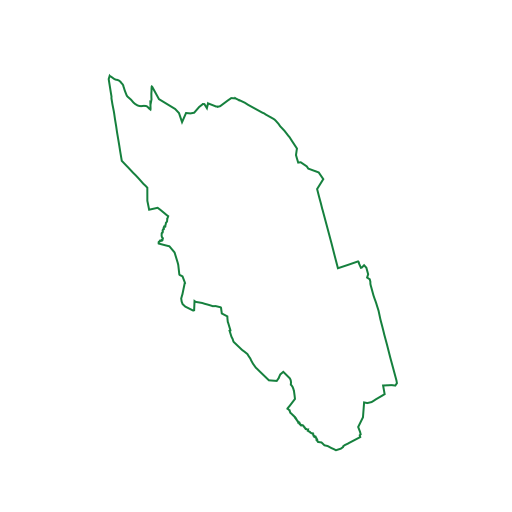 outline of Strazdes pag., Talsi, Latvia, rotated 78°
{"feature_id": "27541924B84613839028203", "entity_name": "Strazdes pag.", "entity_type": "district", "adm_level": 2, "iso_a3": "LVA", "parent_name": "Latvia", "parent_adm1": "Talsi", "projection": "equal_earth", "projection_center": [22.759, 57.138], "detail": "fine", "context": "isolated", "style": "outline", "palette": "green", "viewbox_px": 512, "rotation_deg": 78, "n_neighbors": 0, "source": "geoboundaries", "source_scale": "gbopen_adm2", "svg_char_len": 5893}
<svg xmlns="http://www.w3.org/2000/svg" viewBox="0 0 512 512"><g transform="rotate(78 256 256)"><path d="M257.7,334.8L258.0,334.8L258.3,334.8L258.5,334.7L258.9,334.3L259.4,333.7L259.6,333.4L259.7,333.2L260.7,332.1L267.2,331.1L267.6,331.1L267.6,331.3L278.3,336.0L278.6,336.2L278.8,336.3L279.5,336.7L280.5,337.2L282.0,338.0L285.1,338.2L287.8,337.8L290.8,335.7L296.3,328.8L296.2,327.8L287.3,325.5L288.3,324.6L290.6,318.8L291.0,318.0L292.1,316.1L293.4,313.5L294.7,311.1L296.1,308.7L296.6,305.9L298.7,301.5L299.0,301.1L299.3,301.0L299.9,301.0L300.9,301.1L305.1,301.4L309.1,296.6L311.6,297.0L314.6,297.3L315.8,297.1L323.0,296.5L323.5,296.5L323.6,297.4L329.8,296.8L332.4,296.1L334.6,295.9L335.4,295.7L344.8,289.3L346.3,288.0L346.8,287.5L350.1,284.8L352.4,284.0L354.1,283.3L355.0,282.9L356.0,282.7L357.3,282.4L358.9,281.9L360.6,281.4L365.2,279.4L366.3,278.6L369.8,276.3L380.3,269.2L382.5,261.7L380.0,259.0L379.8,259.0L376.9,256.9L375.0,253.4L376.8,252.2L382.8,248.3L384.7,247.9L386.9,248.0L387.8,248.3L389.1,248.7L389.6,248.3L391.4,247.5L393.6,247.1L395.4,247.0L395.5,246.9L400.8,247.3L403.9,247.6L404.1,247.8L409.5,254.1L411.5,256.7L411.9,257.0L412.7,256.2L413.9,255.4L414.0,255.2L414.6,255.3L414.9,255.2L415.4,255.1L416.3,255.1L417.1,254.6L417.3,254.3L419.4,253.0L419.6,252.9L419.7,252.6L420.0,252.5L420.6,252.1L420.8,252.1L421.4,251.5L421.7,251.5L421.8,251.4L422.2,251.5L423.2,251.0L423.2,250.7L423.9,250.6L424.2,250.6L424.6,250.4L424.4,250.3L425.0,250.1L425.7,249.9L425.8,249.8L426.0,249.8L426.1,249.7L426.8,249.5L427.0,249.3L427.3,249.3L427.2,249.1L427.8,248.9L427.7,248.8L427.8,248.2L428.2,248.1L428.7,248.2L429.0,248.0L429.6,248.1L429.8,247.7L430.2,247.7L430.7,247.5L431.2,247.1L431.2,246.8L430.8,246.7L431.1,246.2L431.1,245.8L431.4,245.3L431.8,245.2L432.2,244.8L432.7,244.7L432.9,244.7L433.4,244.2L433.7,244.2L434.0,244.0L434.3,244.0L434.9,243.5L435.6,243.4L435.7,243.0L435.7,242.7L436.6,241.7L436.6,241.2L437.5,241.6L437.6,241.3L438.3,241.2L438.8,240.4L439.3,239.8L439.8,239.7L440.5,239.0L441.0,238.3L441.1,238.0L441.3,237.3L441.9,237.4L442.2,237.0L443.6,237.2L443.9,237.1L444.2,236.4L444.9,236.5L445.0,235.6L445.5,235.7L445.6,235.2L446.4,235.2L446.7,234.8L447.8,234.5L448.2,234.9L448.4,234.5L448.8,234.3L449.2,234.7L450.8,234.0L452.0,230.7L455.4,228.4L456.7,225.6L457.2,224.9L458.6,223.3L459.6,222.1L461.1,220.0L462.6,218.2L462.1,213.1L461.0,210.6L460.2,210.2L459.4,208.4L458.5,204.6L458.3,204.2L454.8,191.7L452.9,191.8L452.2,190.7L449.6,190.8L444.5,191.6L436.0,184.9L421.7,180.7L423.0,177.7L422.9,173.3L422.1,171.0L421.1,168.5L417.9,158.9L409.1,158.6L410.5,150.1L411.7,146.7L409.7,144.6L406.9,144.5L395.6,145.1L383.0,145.8L370.1,146.3L359.0,146.9L358.5,146.9L358.0,146.9L352.4,147.1L346.1,147.4L343.6,147.5L341.1,147.5L338.8,147.5L336.9,147.5L335.1,147.5L332.9,147.7L329.9,148.0L327.5,148.2L325.0,148.5L322.3,148.9L318.9,149.3L315.3,149.5L310.1,149.8L308.7,149.9L307.1,149.9L306.4,149.8L305.0,149.5L304.7,149.5L302.4,149.6L300.2,151.8L297.2,150.1L290.4,150.5L287.5,152.2L289.3,154.9L289.4,155.8L284.3,156.9L283.6,156.7L282.5,157.3L283.8,167.7L285.0,178.4L272.1,179.0L259.5,179.5L243.9,180.3L224.8,181.3L224.0,181.4L218.0,181.6L212.6,181.9L210.7,182.0L203.2,182.3L194.8,174.2L187.3,177.3L181.4,186.7L178.9,187.7L173.6,192.8L173.4,195.3L168.9,195.7L165.6,195.9L161.2,194.3L159.4,193.6L151.0,196.9L146.7,198.5L145.1,199.4L139.5,202.1L134.1,205.4L131.4,206.5L127.9,208.5L126.4,209.5L125.3,210.6L119.7,217.0L118.1,218.5L117.2,219.9L116.5,220.7L106.4,232.4L103.8,235.0L100.3,239.6L100.5,239.7L100.4,240.0L99.2,241.2L97.8,243.0L97.3,243.5L97.5,243.6L96.4,247.4L96.8,248.3L98.0,251.2L102.0,259.9L102.1,262.3L101.9,262.3L101.4,264.2L101.0,264.7L99.2,267.4L96.9,270.9L97.2,271.1L96.9,271.3L101.2,273.3L96.7,274.9L96.3,276.4L96.4,276.5L98.4,280.6L103.0,286.7L102.9,290.5L101.6,294.7L109.7,300.5L100.2,301.6L95.4,304.5L82.4,318.3L69.1,322.3L68.5,322.7L68.6,322.8L70.6,323.4L72.6,323.8L75.0,324.5L79.9,325.5L80.9,325.6L84.5,327.1L84.0,327.4L90.4,328.6L90.8,328.8L89.1,330.2L88.7,330.3L88.0,330.8L87.3,331.3L86.8,331.8L86.5,332.3L86.2,333.1L85.8,334.6L85.7,335.6L85.6,336.9L85.4,337.7L85.1,338.7L84.6,339.7L84.0,340.7L83.4,341.3L82.2,342.6L80.9,343.6L80.2,344.1L78.5,345.0L77.2,345.7L76.8,346.0L76.5,346.2L73.7,348.3L72.9,348.8L72.0,349.1L71.5,349.2L67.3,349.9L65.6,350.1L64.1,350.2L62.7,350.4L61.5,350.4L60.9,350.6L60.1,350.9L59.3,351.4L58.6,351.8L57.6,352.3L57.4,352.3L57.1,352.6L56.3,353.2L55.9,353.6L55.5,354.1L55.3,354.5L55.0,354.8L54.5,356.2L54.0,357.0L53.6,357.6L52.9,358.3L51.0,360.0L50.0,361.0L49.6,361.6L49.4,361.7L49.6,361.8L51.2,362.7L52.3,363.3L53.9,363.4L65.6,364.0L70.1,364.2L71.5,364.6L77.7,364.9L84.8,365.0L87.1,365.1L93.1,365.5L99.9,365.8L106.0,366.2L115.6,366.6L120.0,366.8L125.4,367.1L135.0,367.5L138.4,365.4L141.3,363.6L142.7,362.7L143.2,362.4L148.9,359.0L151.9,357.0L155.7,354.7L161.9,351.2L164.3,349.5L166.6,348.1L179.4,350.8L188.5,350.9L188.4,342.2L190.9,340.0L197.6,334.7L198.8,333.6L200.4,334.5L200.8,334.9L201.2,335.2L201.9,335.2L202.6,335.5L203.6,335.8L203.9,336.0L204.3,336.5L204.8,337.2L205.0,337.3L205.8,337.5L206.8,338.1L207.9,338.5L208.4,338.6L208.5,338.8L208.3,339.3L207.9,339.4L207.9,339.6L208.2,339.8L208.5,340.0L208.8,340.2L209.0,340.4L209.6,340.5L210.1,340.4L210.4,340.4L210.7,340.7L210.8,340.9L210.8,341.2L210.7,341.4L211.0,341.7L211.5,341.9L211.8,342.1L212.2,342.2L212.5,342.1L213.0,342.1L213.4,342.4L213.7,342.6L213.7,342.8L213.8,343.0L213.9,343.3L214.4,343.6L215.4,343.8L216.5,344.1L217.4,344.1L218.2,344.0L218.9,343.7L219.2,343.4L219.7,343.5L220.0,343.8L220.3,344.0L220.9,344.1L221.1,344.2L221.4,344.6L221.4,345.0L221.1,345.4L220.9,345.5L221.1,345.8L221.2,346.0L221.1,346.5L221.3,346.5L221.2,346.9L221.3,347.0L221.6,346.9L221.8,347.2L221.8,347.7L221.9,348.0L222.0,348.2L223.1,348.6L223.6,348.6L224.5,346.8L227.0,341.8L228.5,338.7L234.7,335.4L235.2,335.1L235.8,334.9L246.1,334.0L248.5,333.9L257.7,334.8Z" fill="none" stroke="#15803d" stroke-width="2"/></g></svg>